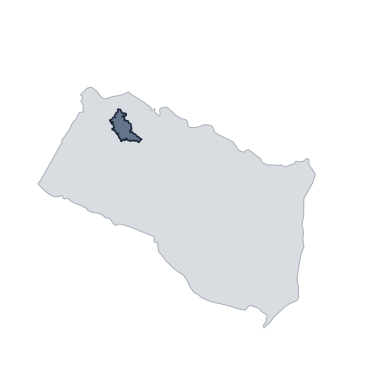 Karaga, Northern, Ghana shown in context, rotated 300°
{"feature_id": "2480657B76285553918092", "entity_name": "Karaga", "entity_type": "district", "adm_level": 2, "iso_a3": "GHA", "parent_name": "Ghana", "parent_adm1": "Northern", "projection": "natural_earth1", "projection_center": [-0.451, 9.918], "detail": "fine", "context": "in_parent", "style": "filled", "palette": "slate", "viewbox_px": 384, "rotation_deg": 300, "n_neighbors": 0, "source": "geoboundaries", "source_scale": "gbopen_adm2", "svg_char_len": 7277}
<svg xmlns="http://www.w3.org/2000/svg" viewBox="0 0 384 384"><g transform="rotate(300 192 192)"><path d="M229.4,49.2L231.9,51.9L232.5,53.5L231.6,59.4L229.7,63.5L228.6,67.3L228.7,69.3L229.9,71.2L233.6,74.2L235.6,76.2L237.9,79.2L240.5,82.1L245.0,85.9L246.9,86.6L246.9,87.6L246.2,89.1L245.8,103.2L245.5,106.8L245.2,108.7L244.7,114.0L244.3,114.7L243.4,114.6L242.6,114.8L242.4,115.9L242.7,117.0L245.5,117.7L244.9,118.5L242.9,119.3L241.9,120.8L242.3,122.7L241.2,124.1L241.5,125.1L242.3,125.8L243.4,125.5L246.6,123.1L247.9,122.8L249.6,123.4L252.6,127.1L252.7,128.9L251.5,135.1L250.3,139.9L250.1,146.3L251.4,149.9L251.2,151.9L249.8,153.6L246.7,156.0L246.9,157.7L248.3,160.9L251.0,164.4L256.2,168.7L258.9,174.4L259.0,176.7L257.4,179.0L255.5,181.0L254.9,183.8L255.8,202.8L251.7,211.0L251.6,213.3L252.0,216.0L253.1,217.7L255.2,218.1L256.9,219.7L256.3,225.5L255.4,231.4L255.3,234.2L254.8,235.6L253.2,236.7L252.6,238.5L253.0,240.8L252.7,242.5L253.6,244.7L255.4,247.4L258.4,254.2L259.6,254.8L260.1,256.2L259.8,257.6L260.9,260.6L264.3,263.6L267.8,266.2L270.6,266.6L271.3,268.9L273.2,271.9L274.5,273.2L276.7,274.0L278.5,274.5L278.6,277.0L275.4,278.7L273.2,281.3L271.6,285.3L269.3,289.7L261.4,291.9L258.4,292.0L242.3,292.1L227.2,300.6L218.5,303.7L213.2,308.5L206.0,311.9L201.0,316.1L190.6,318.1L173.5,324.6L168.1,327.2L162.7,331.8L153.9,337.1L150.4,337.1L143.6,332.1L138.4,329.6L125.7,325.7L116.3,324.3L111.7,322.6L110.4,322.4L111.5,320.6L114.1,320.4L116.9,321.0L119.0,319.6L122.1,319.4L122.9,318.0L123.2,314.4L123.1,311.5L124.2,310.2L124.5,306.8L123.0,299.2L121.9,298.3L116.4,297.2L116.0,295.7L115.0,294.1L113.9,290.2L112.7,284.4L110.8,277.2L107.1,265.3L106.2,261.1L105.6,256.8L105.4,251.7L106.2,249.8L106.1,247.1L105.8,244.5L108.4,238.4L113.5,231.0L114.6,228.3L115.6,226.5L115.7,223.8L116.6,215.2L119.1,204.7L120.6,200.8L121.7,198.6L122.9,195.2L123.3,193.5L128.0,189.4L130.2,188.3L130.6,186.7L129.9,185.0L130.2,183.8L131.4,183.2L133.1,182.7L134.4,181.0L132.4,168.1L130.8,155.3L130.7,154.2L129.8,152.4L128.8,147.1L127.2,144.0L125.0,143.1L125.0,140.2L127.3,135.2L127.9,132.3L126.8,131.5L126.6,129.2L127.4,125.6L127.0,123.3L126.6,120.9L124.3,115.3L123.8,111.3L125.0,109.0L124.9,103.9L123.7,96.0L123.5,91.1L124.3,89.0L123.9,87.0L122.3,85.2L122.1,83.3L123.6,81.6L123.4,80.2L121.6,79.2L120.0,76.8L118.6,72.9L118.9,66.8L121.6,55.5L121.9,54.5L125.0,54.6L125.0,55.1L134.4,55.0L145.2,54.8L158.1,54.7L169.8,54.5L170.3,54.0L172.3,53.4L184.1,54.6L191.5,54.0L194.7,54.4L197.0,55.1L202.1,54.7L204.8,54.9L206.9,57.8L207.7,57.7L208.8,56.5L210.9,55.2L213.0,54.1L214.4,51.9L215.3,50.2L216.7,50.6L218.6,50.5L219.9,49.1L220.4,46.9L229.4,49.2Z" fill="#d9dde1" stroke="#a8b0b8" stroke-width="1"/><path d="M212.4,122.0L212.6,121.8L212.7,121.5L212.6,121.2L212.6,120.8L212.5,120.7L212.6,120.4L212.4,120.1L212.3,119.5L212.6,118.9L213.2,118.2L213.0,117.5L212.6,116.9L212.5,116.7L212.9,116.4L212.9,116.1L213.1,115.8L213.1,115.6L213.3,115.4L213.5,115.0L213.5,114.1L213.7,113.7L213.6,113.3L213.5,113.2L213.5,112.8L213.3,112.4L213.6,111.6L213.8,111.6L213.8,111.3L213.7,111.2L214.3,109.9L214.0,109.8L213.9,109.8L213.6,109.8L213.5,109.6L213.3,109.6L213.2,109.5L212.8,109.2L212.8,108.8L213.4,107.8L213.6,107.8L214.0,107.7L214.1,107.9L214.3,107.9L214.5,107.8L214.5,107.7L214.8,107.7L214.7,107.8L214.9,107.9L215.0,107.9L215.1,108.0L215.4,107.9L215.6,108.3L215.8,108.2L215.9,108.3L216.0,108.2L216.1,108.3L216.2,108.2L216.4,108.2L216.6,107.8L216.9,107.7L217.1,107.5L217.4,107.5L217.5,107.4L217.8,106.9L218.1,106.9L218.4,106.8L218.5,106.4L218.7,106.2L220.4,105.1L220.3,103.4L219.9,102.8L220.1,102.6L220.2,102.4L220.3,102.3L220.8,102.1L220.9,101.9L221.0,101.9L221.2,101.7L221.4,101.2L221.4,100.9L221.4,100.7L221.5,100.7L221.4,100.3L221.2,100.4L221.1,100.2L220.9,99.9L220.9,99.7L220.8,99.3L220.9,99.2L220.8,98.7L220.8,98.1L220.7,98.1L220.8,98.0L220.8,97.9L220.5,97.9L220.6,97.7L220.4,97.7L220.3,97.4L220.8,97.1L221.7,97.2L222.0,96.7L222.5,96.3L222.8,96.3L223.0,96.1L222.8,95.6L222.8,95.3L222.7,95.0L222.7,94.8L222.5,94.5L222.4,94.5L222.4,94.4L222.6,94.6L222.8,94.7L223.0,94.6L223.1,94.8L223.4,95.0L223.5,94.9L223.6,95.0L223.7,94.9L223.8,94.9L223.8,95.0L223.8,94.9L223.9,95.0L224.0,95.0L224.2,95.5L224.3,95.4L224.4,95.6L224.5,95.5L224.6,95.9L224.8,95.9L225.0,96.0L225.3,96.6L225.5,96.4L225.7,96.5L225.8,96.3L226.4,96.3L226.8,95.9L226.7,95.4L226.8,95.0L226.7,94.8L226.6,94.5L226.5,94.4L226.6,94.2L226.4,94.0L226.2,93.4L225.9,93.5L225.8,93.4L225.6,93.2L225.6,92.9L225.4,92.8L225.5,92.7L225.4,92.6L225.2,92.6L225.1,92.4L225.1,92.5L225.1,92.4L225.3,92.2L225.5,92.0L225.9,91.2L226.5,90.7L226.4,90.5L226.7,90.3L226.6,89.9L226.7,89.5L227.7,88.8L227.1,87.8L227.1,87.3L227.1,86.8L227.0,86.6L226.6,86.4L226.2,86.4L226.1,86.5L225.9,86.8L225.7,87.0L225.1,87.2L224.7,87.2L224.2,87.7L222.8,86.7L222.7,86.8L222.6,86.7L222.4,86.8L222.1,86.9L222.0,87.1L221.9,87.2L221.6,87.3L221.5,87.1L221.0,87.0L220.6,86.6L219.8,86.6L219.5,86.9L219.2,86.9L219.1,87.0L218.8,87.2L218.3,87.4L218.3,87.6L218.2,87.7L218.2,87.9L217.9,87.6L217.6,87.3L217.4,86.7L217.1,86.3L215.5,86.1L214.9,86.2L214.4,86.1L213.4,85.0L213.3,84.9L213.1,85.2L212.9,85.0L212.5,85.4L212.4,85.6L212.5,86.4L212.4,86.5L212.6,86.6L212.6,86.9L212.7,87.0L212.6,87.3L212.7,87.5L212.4,87.5L212.5,87.8L212.6,88.0L212.2,88.2L212.2,88.3L212.4,88.7L212.7,88.9L212.7,89.0L212.5,88.9L212.3,89.1L212.1,88.9L212.1,88.5L211.9,88.6L211.8,89.2L211.7,88.9L211.4,88.3L211.4,87.9L211.3,87.7L211.2,87.9L211.0,88.2L210.9,88.5L210.9,88.9L210.8,89.1L211.0,89.2L211.0,89.6L210.8,90.2L210.4,90.9L210.2,91.0L209.6,91.5L209.5,91.8L209.1,91.9L208.9,92.3L208.8,92.5L208.6,92.5L208.6,92.4L207.7,92.3L207.7,92.2L207.8,91.9L207.5,91.8L207.4,91.5L207.1,91.3L207.1,91.2L206.9,91.2L206.8,91.6L206.7,91.6L206.6,91.3L206.7,91.2L206.4,91.3L206.1,91.7L206.1,92.2L206.2,92.4L206.3,92.7L206.3,93.3L206.3,93.5L206.5,93.4L206.5,93.5L206.7,94.0L206.9,94.3L206.8,94.7L206.7,95.0L206.3,95.0L206.1,95.1L205.9,95.4L205.7,96.1L205.5,96.3L205.3,96.4L205.4,96.6L205.4,96.8L205.3,97.2L205.3,97.3L205.7,97.7L205.7,98.3L205.5,98.0L204.6,97.9L204.5,99.7L204.0,99.7L203.9,100.0L203.8,100.3L203.6,100.7L203.5,100.8L202.9,101.1L203.0,101.2L202.8,101.4L202.8,101.5L202.7,101.5L202.6,101.9L202.5,102.1L202.4,102.2L202.4,102.3L202.2,102.5L202.2,102.8L202.1,103.4L202.2,103.7L201.9,103.7L201.8,103.9L201.7,103.9L201.7,104.0L201.4,104.1L201.2,104.4L201.4,104.4L201.2,104.5L201.0,105.0L200.9,105.0L200.7,105.2L200.7,105.3L200.4,105.2L200.4,105.3L200.8,105.7L201.0,105.7L201.0,105.8L201.6,105.9L202.0,105.9L202.7,106.2L202.9,106.2L203.3,106.4L203.3,106.6L203.1,106.9L202.9,107.1L203.1,107.6L203.0,108.0L203.3,108.1L203.5,107.9L203.7,108.1L203.9,108.1L204.0,107.9L204.2,108.2L204.5,108.0L204.9,107.9L205.2,108.0L205.2,108.3L205.3,108.4L205.2,108.6L205.4,108.7L205.3,108.8L205.5,109.2L205.1,109.5L204.8,109.7L204.7,110.3L204.7,110.6L204.9,110.8L204.8,111.1L204.9,111.5L205.1,111.7L205.2,112.1L205.0,112.5L205.3,113.3L205.5,113.4L205.6,113.7L205.8,113.9L206.1,113.9L206.3,113.7L206.4,114.0L206.9,114.8L207.0,115.3L207.3,115.5L207.2,115.7L207.4,116.0L207.6,116.0L207.8,116.1L207.7,116.4L207.5,116.5L207.5,117.1L207.9,117.3L208.1,117.7L208.4,117.7L209.0,118.7L208.9,119.0L208.6,119.1L208.6,119.4L208.4,119.6L208.3,120.1L208.2,120.8L208.3,121.1L211.0,121.6L211.5,121.3L211.7,121.1L212.0,121.8L212.4,122.0Z" fill="#64748b" stroke="#1e293b" stroke-width="1.5"/></g></svg>